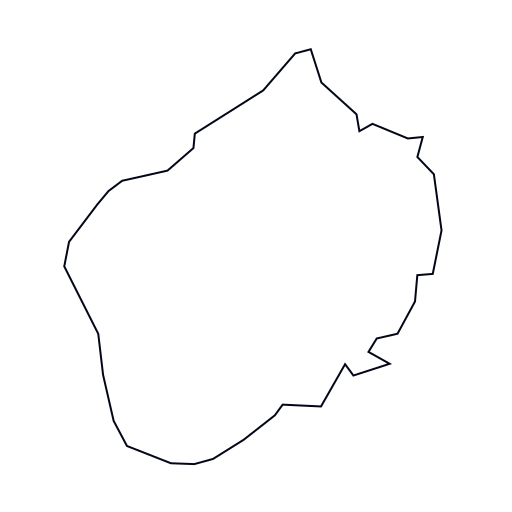 Jackson, Kentucky, United States of America, rotated 259°
{"feature_id": "52423323B42512235988752", "entity_name": "Jackson", "entity_type": "district", "adm_level": 2, "iso_a3": "USA", "parent_name": "United States of America", "parent_adm1": "Kentucky", "projection": "albers", "projection_center": [-84.011, 37.416], "detail": "fine", "context": "isolated", "style": "outline", "palette": "ink", "viewbox_px": 512, "rotation_deg": 259, "n_neighbors": 0, "source": "geoboundaries", "source_scale": "gbopen_adm2", "svg_char_len": 644}
<svg xmlns="http://www.w3.org/2000/svg" viewBox="0 0 512 512"><g transform="rotate(259 256 256)"><path d="M168.4,83.2L121.3,84.8L94.1,93.1L68.8,132.9L63.5,155.7L65.0,175.1L78.0,208.9L96.0,244.1L105.0,253.8L95.9,291.1L132.8,322.8L120.1,328.8L124.7,366.6L140.4,348.1L152.0,358.8L152.7,380.1L181.0,403.4L206.4,410.7L204.7,426.1L245.7,443.0L302.3,446.2L322.4,433.3L341.0,442.4L342.4,427.5L363.5,395.5L358.8,381.3L375.9,381.7L413.8,353.3L448.5,349.2L447.4,333.1L417.2,294.7L387.8,219.3L373.9,215.2L356.7,185.4L355.4,139.0L347.9,123.6L336.9,110.1L305.6,75.2L282.4,65.8L209.7,86.3L168.4,83.2Z" fill="none" stroke="#020617" stroke-width="2"/></g></svg>